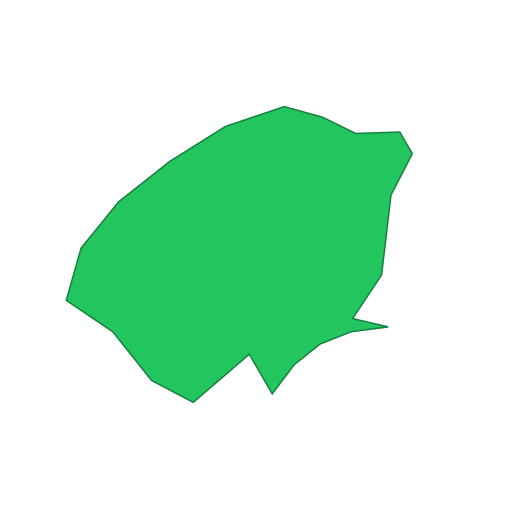 SVG path tracing the border of Brava, rotated 240°
{"feature_id": "CPV-5041", "entity_name": "Brava", "entity_type": "state/province", "adm_level": 1, "iso_a3": "CPV", "parent_name": "Cabo Verde", "parent_adm1": "", "projection": "robinson", "projection_center": [-24.723, 14.852], "detail": "fine", "context": "isolated", "style": "filled", "palette": "green", "viewbox_px": 512, "rotation_deg": 240, "n_neighbors": 0, "source": "natural_earth", "source_scale": "10m", "svg_char_len": 444}
<svg xmlns="http://www.w3.org/2000/svg" viewBox="0 0 512 512"><g transform="rotate(240 256 256)"><path d="M312.5,69.5L350.3,108.5L371.7,164.4L381.1,228.8L383.5,294.2L371.3,355.1L342.9,383.0L312.2,403.7L291.5,442.5L266.4,442.5L241.3,403.4L176.8,355.3L153.5,308.4L128.5,335.0L142.8,300.6L147.7,267.7L142.8,234.9L128.5,201.1L174.3,201.1L160.6,128.5L200.4,103.3L261.9,94.1L312.5,69.5Z" fill="#22c55e" stroke="#15803d" stroke-width="1.5"/></g></svg>